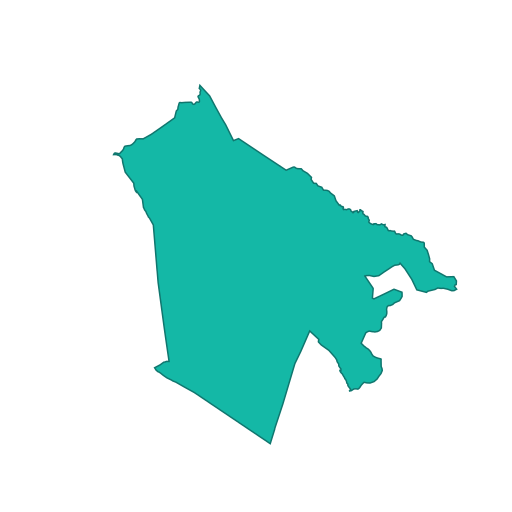 San Francisco Telixtlahuaca, Oaxaca, Mexico, rotated 144°
{"feature_id": "50627088B991618938085", "entity_name": "San Francisco Telixtlahuaca", "entity_type": "district", "adm_level": 2, "iso_a3": "MEX", "parent_name": "Mexico", "parent_adm1": "Oaxaca", "projection": "natural_earth1", "projection_center": [-96.95, 17.367], "detail": "fine", "context": "isolated", "style": "filled", "palette": "teal", "viewbox_px": 512, "rotation_deg": 144, "n_neighbors": 0, "source": "geoboundaries", "source_scale": "gbopen_adm2", "svg_char_len": 6066}
<svg xmlns="http://www.w3.org/2000/svg" viewBox="0 0 512 512"><g transform="rotate(144 256 256)"><path d="M354.8,95.8L342.8,104.8L342.0,105.6L321.4,120.4L287.8,146.1L276.0,152.4L256.6,163.8L256.2,161.7L256.1,161.2L254.3,152.2L254.2,151.9L254.2,151.7L255.9,150.0L256.0,149.8L255.5,145.7L252.5,136.8L252.0,131.6L251.8,129.4L251.6,127.3L251.8,124.2L252.2,123.7L252.6,122.0L252.5,120.3L253.2,119.0L253.6,118.4L253.7,117.0L253.7,114.7L254.8,113.3L255.4,114.0L255.7,113.3L255.8,111.6L255.5,110.0L255.9,106.5L255.8,105.8L256.3,104.4L256.0,103.8L256.4,101.6L257.2,99.8L257.0,98.3L257.7,97.4L257.9,96.5L257.8,92.6L259.3,91.9L260.2,92.0L257.9,91.0L256.2,91.0L254.8,90.8L253.2,89.8L251.8,88.4L250.4,88.4L249.1,88.7L246.9,89.6L244.5,90.1L242.8,90.3L240.9,88.2L238.4,86.2L234.3,85.0L230.3,85.3L227.5,86.4L224.0,87.4L221.2,89.1L220.3,90.7L219.9,92.1L219.7,93.0L216.7,97.3L216.0,98.3L215.4,99.0L215.5,99.4L217.5,101.8L218.8,103.7L220.0,106.2L220.0,108.5L219.6,110.7L219.6,112.5L219.9,114.6L220.3,115.7L220.8,116.6L221.1,118.2L221.5,119.2L222.2,123.6L212.4,129.3L210.3,129.2L208.5,128.7L206.5,126.5L205.6,125.8L204.5,124.7L202.1,123.5L199.6,123.1L196.9,124.1L195.4,126.0L193.8,128.0L193.4,128.9L192.4,129.5L190.4,130.2L189.3,130.8L187.9,131.1L187.2,130.6L185.7,131.3L184.2,132.4L183.0,133.9L181.8,136.0L180.3,137.5L179.2,138.0L177.6,137.9L176.8,137.1L173.9,136.4L171.5,136.7L169.2,136.2L166.1,135.5L163.5,136.5L161.6,137.4L160.0,139.6L159.2,140.9L163.9,148.0L174.6,149.9L185.8,152.0L186.6,153.5L180.4,160.7L180.2,161.5L179.7,176.5L179.3,175.5L178.1,175.2L175.7,173.6L172.6,170.1L168.2,167.9L162.0,167.8L155.7,167.5L152.4,167.4L149.2,167.0L147.8,166.2L146.1,165.3L145.0,165.0L143.7,165.5L143.0,158.2L143.7,145.5L145.8,134.1L139.5,126.4L137.6,126.5L130.8,123.7L127.8,123.3L125.3,121.0L123.4,119.8L120.4,116.4L118.1,112.9L116.2,111.6L113.2,111.2L113.3,114.8L111.9,115.6L110.8,115.2L108.5,118.0L108.1,123.0L114.1,127.1L120.0,139.6L118.0,146.1L118.9,149.4L117.2,151.6L115.6,155.8L114.2,160.1L114.6,164.3L113.3,166.1L112.3,167.6L112.4,168.6L114.4,170.4L115.9,173.0L116.8,174.0L117.0,174.1L118.8,176.9L118.8,177.7L118.5,179.5L118.6,181.1L120.8,184.1L121.3,186.2L123.4,187.0L125.1,186.5L126.1,187.4L126.7,188.9L127.3,189.8L128.4,190.6L129.6,191.3L129.7,192.9L129.3,194.4L129.5,194.9L130.2,195.2L131.9,196.8L132.6,197.8L133.5,198.1L134.0,198.9L133.5,201.7L133.5,202.5L134.1,203.3L134.4,203.6L134.4,204.1L134.2,204.5L133.9,204.7L133.1,205.6L134.6,206.3L135.3,207.5L135.6,208.2L137.5,208.4L139.6,210.2L139.9,211.6L141.3,212.5L141.3,212.3L142.7,212.5L143.9,214.2L144.0,214.3L144.7,216.0L144.8,217.2L144.5,217.5L144.0,217.8L143.4,218.3L143.3,218.6L143.2,220.3L142.6,221.2L142.5,221.9L142.5,222.5L143.6,223.5L144.1,224.3L144.1,225.5L144.2,226.2L144.6,227.1L144.5,227.6L144.1,228.4L143.4,228.8L143.4,229.5L143.9,230.2L144.3,232.0L144.6,232.3L144.8,232.3L145.3,231.4L145.7,231.4L147.7,231.0L147.9,231.2L148.0,231.5L147.6,232.8L147.5,233.2L150.1,234.3L150.7,234.5L151.1,234.0L151.6,233.9L152.1,234.0L152.1,234.8L152.3,235.5L152.6,235.9L152.7,236.6L152.3,237.7L152.4,238.3L152.7,239.0L153.0,239.3L153.5,239.7L153.9,239.9L154.4,240.0L155.0,240.1L155.6,240.3L156.8,241.6L157.6,241.9L157.9,242.1L157.9,242.7L157.5,243.5L157.1,243.5L156.7,244.0L156.6,244.7L156.7,244.9L157.9,245.9L157.8,246.7L157.8,247.5L158.1,248.0L158.3,248.1L158.8,248.1L158.8,248.9L158.8,253.8L157.3,258.6L158.7,263.3L158.8,265.3L159.7,267.0L160.6,267.9L162.7,269.6L162.4,273.0L164.7,276.3L164.6,279.3L166.6,281.0L166.4,285.6L164.9,287.0L165.8,292.6L167.9,297.4L168.1,299.9L171.2,302.4L172.1,303.7L172.5,305.2L173.5,306.0L181.2,307.7L190.2,331.7L201.1,361.2L206.4,362.6L203.4,380.1L202.7,388.3L201.1,400.8L199.4,412.8L201.1,427.0L203.4,424.9L203.3,424.6L203.3,424.2L203.2,423.4L203.2,423.1L203.2,422.8L203.4,422.6L203.6,422.3L204.6,421.7L204.9,421.5L205.1,421.3L205.2,421.0L205.6,420.3L205.8,420.1L206.1,419.8L206.4,419.5L206.7,419.4L207.0,419.3L207.4,419.3L208.3,419.4L208.6,419.4L208.8,419.3L209.0,419.2L209.3,418.9L209.3,418.6L209.5,417.8L209.6,416.6L209.7,416.2L209.9,415.9L210.8,414.4L211.0,414.2L211.4,414.0L211.7,414.0L211.9,414.0L212.1,414.1L212.3,414.3L212.9,415.0L213.2,415.3L213.4,415.4L213.6,415.5L213.8,415.5L214.1,415.5L216.1,415.0L216.4,415.0L216.8,415.1L217.1,415.2L217.4,415.5L217.6,415.7L217.8,416.1L217.8,416.5L217.8,416.9L217.8,417.3L217.8,417.7L217.8,418.0L217.9,418.3L218.1,418.5L218.3,418.7L223.0,421.9L226.0,423.7L226.3,423.9L226.5,424.1L227.0,424.6L227.2,424.8L227.3,424.9L227.7,425.0L227.8,425.0L228.1,424.9L228.3,424.8L228.6,424.6L230.7,422.9L231.0,422.7L231.5,422.3L232.6,421.1L232.9,420.8L233.3,420.5L233.6,420.4L233.9,420.4L234.9,420.3L235.1,420.2L235.9,419.6L240.6,415.6L254.7,415.7L269.3,416.0L278.4,417.1L281.6,419.5L283.8,420.8L285.0,420.5L285.0,420.4L285.6,420.2L286.5,419.8L287.0,419.6L288.3,419.4L288.7,419.3L289.3,419.2L291.0,419.1L292.4,419.3L293.5,419.7L294.4,420.3L297.3,421.8L298.0,421.8L298.2,421.7L298.5,421.6L299.2,421.2L300.3,420.4L300.8,420.2L301.3,420.0L302.8,419.6L304.9,419.3L305.5,419.1L305.9,419.0L306.1,419.1L306.3,419.1L306.6,419.3L306.8,419.4L307.0,419.6L307.7,420.4L309.1,421.9L309.3,422.1L309.6,422.2L309.8,422.3L310.2,422.3L310.4,422.3L310.6,422.2L310.8,422.1L311.4,421.8L311.6,421.7L311.2,421.4L310.9,421.3L310.4,420.9L309.1,419.8L308.8,419.3L308.6,418.9L308.2,418.6L307.9,418.2L307.5,417.2L307.3,416.6L307.2,416.2L307.2,415.8L307.2,415.0L307.2,414.5L307.0,413.3L308.5,410.6L309.3,408.9L312.5,400.7L312.4,396.9L312.1,386.7L313.1,385.1L313.6,384.3L314.2,382.6L315.0,380.4L315.2,379.4L315.2,378.5L315.2,378.4L314.9,378.7L314.5,378.8L314.6,368.6L318.5,361.4L318.6,360.4L319.0,358.9L319.0,357.5L318.9,357.1L319.0,356.5L319.5,354.6L319.8,351.9L320.1,350.9L319.9,349.8L319.9,349.0L320.8,341.5L330.2,326.0L344.6,302.3L344.8,301.9L345.1,301.4L350.7,292.2L371.4,253.8L377.2,242.9L388.3,221.8L390.5,223.4L391.9,223.7L393.0,224.3L397.6,224.3L403.7,225.2L403.9,222.3L403.6,221.1L403.3,219.9L402.7,219.1L402.1,217.5L401.9,216.8L401.2,214.1L399.7,209.8L397.3,205.3L396.8,203.9L395.0,201.1L391.1,192.4L386.2,181.9L354.8,95.8Z" fill="#14b8a6" stroke="#0f766e" stroke-width="1.5"/></g></svg>